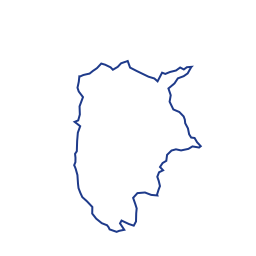 Malia, Limassol, Cyprus (orthographic projection), rotated 133°
{"feature_id": "46923920B95494316044339", "entity_name": "Malia", "entity_type": "district", "adm_level": 2, "iso_a3": "CYP", "parent_name": "Cyprus", "parent_adm1": "Limassol", "projection": "orthographic", "projection_center": [32.764, 34.803], "detail": "fine", "context": "isolated", "style": "outline", "palette": "blue", "viewbox_px": 256, "rotation_deg": 133, "n_neighbors": 0, "source": "geoboundaries", "source_scale": "gbopen_adm2", "svg_char_len": 1431}
<svg xmlns="http://www.w3.org/2000/svg" viewBox="0 0 256 256"><g transform="rotate(133 128 128)"><path d="M40.0,123.3L43.4,126.4L47.1,127.1L48.2,131.1L53.2,132.1L58.4,135.5L63.0,137.6L64.3,140.8L73.7,138.2L73.8,142.5L76.5,148.0L80.4,160.6L82.4,167.7L79.2,173.9L85.4,177.2L90.3,177.2L95.7,178.8L95.5,182.1L97.3,187.9L99.1,191.5L105.3,191.5L107.2,191.9L110.2,192.6L114.4,193.2L117.3,195.2L119.7,196.8L123.0,198.2L123.4,198.8L127.8,195.5L133.0,192.4L134.9,188.9L136.1,182.0L145.2,178.2L151.0,172.4L156.4,169.6L159.9,171.2L159.3,164.2L165.6,161.5L172.1,156.4L179.9,149.6L183.0,149.1L185.6,146.1L188.8,143.2L191.9,142.0L192.7,140.1L193.6,138.3L196.9,132.9L203.0,126.4L205.7,123.2L207.9,118.7L209.7,114.3L209.6,107.9L210.1,100.2L215.0,95.8L216.0,89.4L215.5,82.3L214.1,78.7L213.4,77.1L213.8,74.6L214.7,72.3L211.7,65.5L209.2,64.3L205.0,61.3L203.2,68.8L200.1,69.6L197.6,61.8L195.5,57.2L190.9,58.4L184.8,63.8L180.9,66.8L178.7,70.7L175.6,76.6L169.2,76.7L163.6,71.6L161.1,65.4L157.3,60.5L156.8,61.4L152.2,63.6L148.7,65.0L145.7,69.5L143.7,73.3L139.2,75.1L135.0,73.5L134.7,78.0L130.0,78.8L125.9,77.6L121.0,81.1L114.8,80.8L110.9,78.4L108.2,73.9L102.1,69.6L97.5,68.3L93.8,62.7L91.7,62.4L91.3,67.8L89.9,72.5L91.9,75.3L90.9,79.0L87.4,83.9L85.5,89.4L83.1,92.2L81.6,95.2L81.3,101.4L83.5,107.5L80.4,115.5L74.9,119.1L71.5,125.4L63.7,124.4L57.7,125.4L52.1,122.6L47.4,121.6L40.3,123.3L40.0,123.3Z" fill="none" stroke="#1e3a8a" stroke-width="2"/></g></svg>